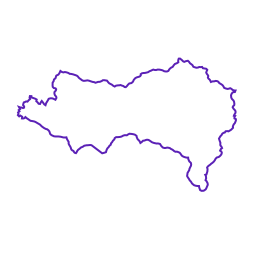 São Carlos, São Paulo, Brazil, rotated 267°
{"feature_id": "56859067B32225798808960", "entity_name": "São Carlos", "entity_type": "district", "adm_level": 2, "iso_a3": "BRA", "parent_name": "Brazil", "parent_adm1": "São Paulo", "projection": "orthographic", "projection_center": [-47.873, -21.879], "detail": "fine", "context": "isolated", "style": "outline", "palette": "violet", "viewbox_px": 256, "rotation_deg": 267, "n_neighbors": 0, "source": "geoboundaries", "source_scale": "gbopen_adm2", "svg_char_len": 5311}
<svg xmlns="http://www.w3.org/2000/svg" viewBox="0 0 256 256"><g transform="rotate(267 128 128)"><path d="M105.6,74.7L106.4,75.4L107.3,75.8L108.8,77.0L110.0,78.8L111.0,80.0L111.6,81.8L112.6,83.4L112.9,85.6L112.9,87.1L113.0,89.4L112.7,90.7L104.1,100.9L104.5,102.9L105.0,104.7L106.7,105.3L107.7,105.7L108.9,106.5L110.1,107.8L111.2,108.5L112.2,109.9L113.5,110.2L114.7,111.4L116.1,112.3L117.3,113.7L118.6,114.2L119.5,115.7L119.4,117.3L119.5,119.5L119.8,121.1L120.6,122.7L121.0,124.3L120.8,126.5L121.5,127.6L122.2,129.1L121.9,131.2L121.5,133.0L121.0,134.5L119.7,136.1L118.2,136.3L117.2,136.7L116.2,137.1L115.3,138.0L114.0,139.0L112.4,139.6L113.2,140.9L114.5,142.3L114.6,143.8L115.1,145.2L115.3,146.4L115.0,147.9L113.6,149.9L112.7,150.9L111.9,152.6L111.4,154.2L111.0,155.8L111.0,157.1L110.7,158.2L110.3,159.2L108.4,160.2L106.7,161.7L106.1,163.3L106.1,164.5L106.4,166.1L106.1,167.6L105.7,168.8L104.9,169.7L104.3,170.8L103.6,171.8L102.6,172.8L101.8,174.1L101.8,175.7L101.2,177.2L100.6,178.3L99.4,179.2L98.0,180.0L97.2,180.7L96.4,182.0L95.9,183.2L95.4,184.7L95.3,186.5L93.7,186.6L92.4,187.1L91.4,187.5L90.0,188.9L88.5,189.2L87.0,188.9L85.5,188.0L83.9,187.2L82.6,186.9L81.5,186.1L80.0,185.1L78.3,184.8L77.0,184.5L75.7,185.1L73.6,186.4L72.4,186.9L71.5,187.8L70.5,188.4L69.3,189.0L68.5,189.8L67.4,191.0L66.8,192.6L66.5,194.0L66.3,195.9L64.8,196.0L63.2,196.5L62.2,196.8L61.4,198.2L61.4,200.3L62.1,201.5L62.7,202.4L63.8,203.1L65.5,203.9L67.1,204.7L68.7,204.6L70.0,204.0L70.9,203.6L71.8,202.7L73.7,203.4L75.9,203.3L77.2,202.7L77.5,203.9L80.5,205.0L82.9,205.3L84.3,204.9L85.3,205.6L86.3,206.9L87.1,208.2L88.0,209.2L88.7,210.4L90.0,212.0L91.4,213.1L92.8,213.9L93.9,215.2L94.3,217.1L95.4,218.6L96.7,219.8L98.3,220.4L99.6,220.0L100.5,218.8L102.1,219.6L103.0,220.9L104.5,220.3L105.7,219.4L106.9,219.3L108.4,219.5L110.0,219.0L112.6,218.3L114.0,219.2L115.0,219.9L116.0,221.0L117.4,221.9L118.2,223.2L118.4,224.4L119.6,225.3L119.7,227.1L119.4,228.2L120.1,229.5L120.8,230.8L121.6,231.7L122.7,232.9L124.0,232.8L125.0,233.2L126.1,233.8L127.2,234.9L129.0,235.8L130.1,236.2L131.2,236.2L132.0,234.8L133.4,234.9L134.4,235.6L134.7,234.4L135.8,234.9L137.1,235.9L138.4,236.3L139.8,236.0L141.0,235.0L141.9,234.3L143.3,233.6L144.5,234.3L145.1,235.2L146.4,235.5L148.6,235.3L149.9,234.8L151.6,233.3L153.0,232.7L155.3,232.6L156.8,233.3L157.9,234.2L158.3,235.2L158.3,236.6L159.8,237.3L159.9,236.1L160.5,234.5L161.7,233.3L162.4,232.1L162.0,230.9L161.8,229.5L162.2,228.1L163.0,226.2L164.7,225.4L165.9,224.6L166.9,223.3L168.1,221.5L169.5,220.6L170.3,219.1L170.4,217.8L170.1,216.6L170.1,214.7L169.6,213.2L170.8,212.7L171.9,212.2L173.3,210.8L174.3,210.4L175.7,210.9L176.8,210.4L177.9,209.6L179.2,209.0L180.6,209.5L181.9,210.2L183.0,209.3L183.3,208.2L183.8,205.9L185.1,205.2L185.0,203.6L185.2,202.3L184.7,201.1L184.6,199.4L185.1,198.0L185.7,196.5L187.5,195.6L188.6,194.3L189.4,193.3L190.9,192.4L192.0,191.3L191.7,189.3L191.1,187.6L191.8,186.4L193.0,185.4L194.6,183.6L194.6,182.3L193.4,181.8L192.1,181.6L191.0,181.7L190.2,180.3L189.5,178.2L188.3,177.0L186.7,175.8L186.0,174.2L185.1,173.0L184.3,172.2L182.9,171.3L182.4,169.9L182.5,168.5L182.8,167.1L183.7,165.7L184.1,164.6L184.4,163.5L184.7,162.1L184.8,160.8L184.4,159.0L184.6,157.4L185.0,156.3L184.6,155.2L184.1,154.1L183.6,152.5L182.7,151.0L182.4,149.6L182.1,147.8L182.1,146.3L181.9,144.8L181.1,143.5L179.9,143.5L179.1,142.8L178.6,141.7L178.2,139.7L177.5,138.0L176.7,137.2L175.8,136.3L174.0,135.4L172.7,133.8L172.4,131.6L171.2,130.2L170.0,129.2L168.9,127.9L169.1,126.7L170.1,125.7L170.6,124.3L171.3,122.8L171.1,121.7L171.1,120.0L170.9,118.2L170.1,116.9L170.9,115.5L172.1,114.2L172.8,113.0L173.6,111.6L174.5,110.8L176.4,109.5L176.7,108.2L177.0,106.7L177.0,105.3L176.3,104.3L175.6,102.3L175.6,100.4L175.2,99.1L174.9,97.8L175.5,96.8L175.9,95.0L176.6,93.2L177.3,91.5L177.7,89.9L177.5,88.3L177.4,87.1L177.5,85.8L178.3,84.3L179.2,83.4L180.0,82.3L180.9,81.4L182.0,80.7L182.9,79.7L183.5,78.4L183.9,77.3L184.4,76.1L185.0,74.0L185.1,72.7L186.1,71.3L186.8,69.5L187.2,67.9L186.9,66.4L187.4,64.9L188.5,63.5L186.2,62.3L184.9,61.2L184.5,60.1L184.0,59.1L182.9,58.7L181.5,58.2L180.3,56.6L178.7,56.2L177.2,55.1L174.3,54.9L173.0,55.0L171.8,56.0L171.4,57.7L170.5,58.3L169.2,57.9L167.8,56.5L166.8,56.3L165.7,56.4L164.5,56.8L163.1,57.9L161.8,58.1L160.0,57.0L161.1,55.1L161.6,53.7L161.7,52.0L161.3,50.3L160.4,49.8L158.6,48.6L157.2,47.6L155.1,46.8L156.0,45.6L158.1,44.3L159.5,43.3L158.5,42.5L156.6,41.4L156.9,40.0L158.3,39.1L159.6,37.8L161.2,38.3L162.1,36.9L162.9,35.0L163.5,33.3L164.9,33.2L165.0,31.7L163.4,31.3L162.0,31.7L161.0,30.3L159.6,29.0L159.9,27.7L159.4,26.6L159.0,25.3L157.8,24.8L156.4,24.4L155.0,25.4L153.8,25.3L153.4,24.2L154.0,22.7L154.1,21.6L154.7,20.2L152.5,21.2L151.6,19.8L150.3,20.5L149.3,19.0L148.0,19.4L146.6,18.7L145.3,19.9L146.1,21.0L144.8,22.9L143.1,22.6L143.0,24.0L143.3,25.2L144.3,26.1L142.8,27.7L142.1,28.7L141.3,29.7L140.3,31.0L140.0,32.5L139.5,34.5L139.0,35.7L138.3,36.8L137.5,38.0L136.8,39.1L136.0,40.3L135.1,41.1L134.3,41.8L133.6,42.6L132.2,44.4L131.3,46.0L130.9,47.3L129.8,48.5L128.7,49.3L127.2,49.7L126.1,50.0L124.9,51.2L123.6,53.6L123.3,55.4L123.2,58.0L122.8,60.3L121.9,63.1L121.8,64.7L121.9,66.0L120.4,66.4L118.9,67.1L117.3,68.0L115.4,67.9L113.8,68.6L112.8,69.2L111.7,69.7L109.5,70.3L108.6,71.1L108.0,72.3L107.1,72.7L106.1,73.4L105.6,74.7Z" fill="none" stroke="#5b21b6" stroke-width="2"/></g></svg>